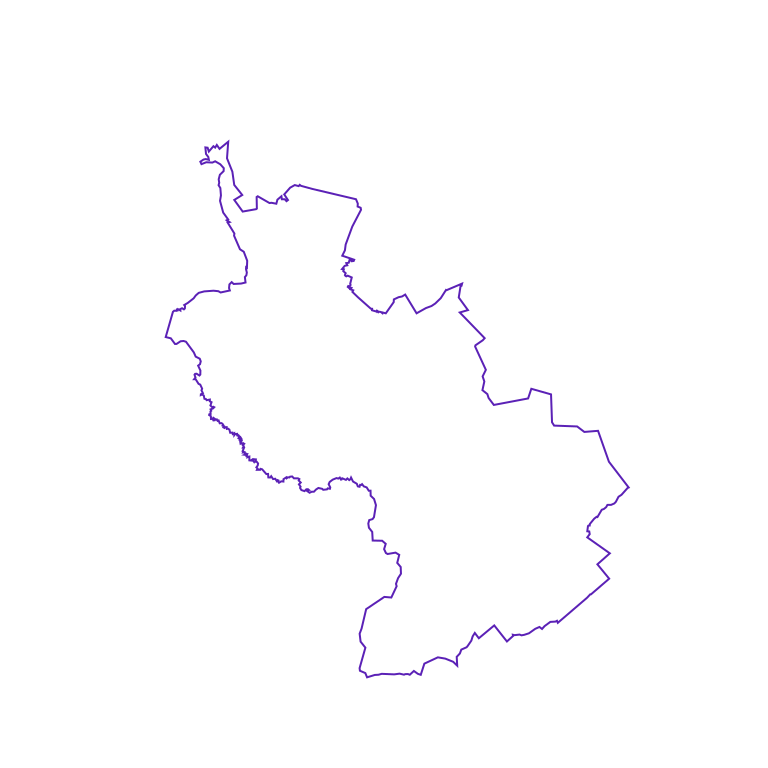 the district of Gudenieku pag., Kuldigas, Latvia, rotated 65°
{"feature_id": "27541924B44633167106619", "entity_name": "Gudenieku pag.", "entity_type": "district", "adm_level": 2, "iso_a3": "LVA", "parent_name": "Latvia", "parent_adm1": "Kuldigas", "projection": "albers", "projection_center": [21.583, 56.889], "detail": "fine", "context": "isolated", "style": "outline", "palette": "violet", "viewbox_px": 768, "rotation_deg": 65, "n_neighbors": 0, "source": "geoboundaries", "source_scale": "gbopen_adm2", "svg_char_len": 6158}
<svg xmlns="http://www.w3.org/2000/svg" viewBox="0 0 768 768"><g transform="rotate(65 384 384)"><path d="M662.1,285.3L655.6,262.2L637.6,266.8L632.9,250.9L608.9,264.6L607.0,261.0L604.4,260.3L603.4,262.0L599.0,259.2L598.7,258.5L599.2,257.4L597.8,256.5L594.9,250.4L594.2,247.4L594.8,246.8L590.0,239.8L590.2,237.5L589.5,234.7L588.0,232.6L589.5,229.3L589.6,225.8L588.8,223.7L585.3,219.1L584.8,215.6L581.2,207.2L581.2,206.0L549.5,213.0L516.9,209.8L512.1,222.7L504.1,226.9L493.6,247.4L489.7,247.9L464.0,237.0L450.6,252.5L458.0,259.5L449.4,293.3L440.9,295.1L436.8,294.6L431.2,297.4L424.1,292.0L418.8,291.4L414.2,285.7L388.6,285.6L387.6,284.8L386.1,276.0L385.0,273.4L351.2,285.1L352.5,276.7L337.2,279.7L327.7,273.3L327.8,272.3L326.0,270.8L325.4,287.9L325.0,288.1L330.2,296.3L332.7,303.5L333.4,308.0L332.9,313.9L333.7,324.6L311.9,327.0L312.3,330.6L311.5,334.1L311.5,339.3L313.9,340.6L320.7,352.5L318.6,355.0L319.2,355.5L317.4,356.4L316.3,358.1L316.5,358.8L315.2,359.0L315.5,359.8L314.7,359.9L315.0,360.4L312.1,363.7L310.8,363.0L310.2,364.1L294.5,370.9L287.2,373.7L286.1,372.3L283.8,374.6L283.4,374.3L283.9,373.7L283.1,372.8L282.4,373.8L282.6,374.9L280.7,375.8L280.1,375.0L281.0,374.0L280.1,372.4L278.9,372.3L273.8,368.2L270.5,371.1L270.5,372.7L269.8,373.2L268.8,373.4L267.4,371.9L264.5,373.2L263.1,371.9L262.1,373.4L260.3,369.7L260.9,367.1L258.5,367.1L259.2,364.7L256.8,362.6L257.3,361.6L259.0,361.6L259.7,359.5L258.8,358.5L250.1,367.6L246.3,362.9L241.4,359.8L227.9,346.2L216.4,331.2L214.4,330.7L212.0,332.9L209.4,331.5L204.7,331.3L177.1,366.3L169.3,375.5L167.9,376.2L168.6,377.7L166.0,380.8L166.4,386.1L170.0,394.3L176.7,393.3L177.1,395.1L174.6,395.9L173.4,398.5L170.5,397.6L171.9,402.7L175.1,405.4L172.2,409.4L171.6,411.3L160.5,419.1L160.7,420.4L171.3,425.1L171.5,426.0L168.0,439.2L153.9,441.9L152.8,432.6L140.3,435.6L127.5,431.7L113.1,430.9L98.6,422.8L101.4,433.7L96.7,434.5L98.4,437.1L96.4,438.1L99.3,444.5L95.3,444.0L94.1,445.9L100.3,448.1L104.0,447.3L106.8,448.0L104.8,450.5L104.3,452.7L104.9,456.5L107.6,456.5L107.9,451.4L110.8,445.9L110.8,442.9L115.7,439.5L120.7,438.0L123.3,439.4L125.0,444.3L128.6,447.3L132.0,448.3L133.9,449.9L137.2,449.5L144.2,452.1L148.7,455.2L160.7,457.3L169.0,455.7L169.1,457.3L171.9,455.6L171.5,457.5L184.4,456.0L186.2,457.2L201.0,457.6L204.9,455.2L214.5,455.9L220.7,459.1L219.9,459.6L221.5,460.5L225.0,461.2L227.3,462.8L228.3,464.9L233.5,466.6L232.6,471.0L229.8,478.0L227.3,479.0L228.4,482.0L231.6,483.9L234.1,484.2L232.0,493.4L229.9,494.9L227.4,499.1L224.1,507.8L223.1,513.4L224.2,517.2L225.9,520.3L227.6,527.6L228.0,531.7L229.3,531.4L231.4,532.6L231.8,533.8L230.0,535.0L230.0,537.0L231.3,537.5L229.1,539.1L229.9,539.8L229.1,540.4L230.0,541.1L228.9,543.1L229.4,544.8L249.2,562.0L252.5,557.9L259.4,556.5L260.0,555.1L259.3,550.3L260.3,547.5L262.0,545.6L275.0,543.0L279.6,543.1L283.2,540.3L286.0,540.5L288.3,542.4L288.8,544.7L294.2,544.7L297.8,546.5L298.3,547.7L295.5,549.5L295.0,550.9L295.5,551.8L298.4,552.1L299.4,554.0L300.0,552.7L305.5,552.0L306.9,550.8L311.4,550.8L312.6,552.1L315.8,552.0L315.9,554.3L316.6,554.7L316.6,553.3L318.3,552.2L321.5,553.0L322.5,551.7L323.7,551.6L324.5,548.4L326.1,549.2L327.6,548.0L330.1,550.4L332.7,549.4L332.5,548.3L333.3,547.7L333.9,549.3L333.7,551.9L335.3,551.9L335.6,552.9L337.9,553.8L337.6,555.1L338.2,555.6L340.0,554.5L342.6,555.6L342.8,555.1L342.2,554.6L342.6,554.0L344.9,554.0L345.2,553.1L343.3,552.5L345.4,551.3L345.4,550.5L347.1,550.4L347.1,549.3L350.2,549.5L350.8,547.8L351.8,547.2L353.3,547.0L353.6,547.8L354.7,546.9L355.4,547.9L356.5,547.1L356.1,546.1L356.6,544.8L358.3,545.4L358.6,544.2L360.0,543.4L363.2,544.0L364.0,541.9L365.4,542.2L365.3,540.5L367.1,541.3L366.5,540.1L367.1,538.2L368.6,538.8L369.1,538.3L369.0,537.5L370.4,537.2L371.6,538.7L372.3,537.8L371.7,536.6L373.3,536.4L373.1,537.7L373.4,538.2L374.3,536.8L375.2,536.8L375.6,537.8L375.3,538.6L377.4,539.2L377.3,538.2L378.2,537.9L378.0,536.7L379.1,536.0L379.8,537.8L381.2,537.4L382.1,538.8L382.7,537.9L385.1,540.5L385.9,539.9L386.5,540.7L387.1,539.1L387.7,539.4L389.2,538.0L389.2,540.3L390.5,538.3L391.4,539.1L392.2,538.0L392.7,538.5L392.9,536.7L396.3,538.3L397.5,536.3L396.9,536.3L396.8,535.2L398.5,534.9L396.9,534.2L398.2,532.0L400.1,533.5L400.4,532.3L402.8,531.7L404.5,532.9L405.6,534.9L407.2,534.3L408.1,535.4L409.4,532.5L408.7,531.8L409.8,530.5L415.9,528.7L416.5,527.1L419.8,528.3L420.7,526.5L419.9,525.2L423.3,524.7L423.9,522.6L426.7,522.2L426.1,521.1L426.8,520.5L427.3,521.3L429.1,520.9L428.8,518.2L429.9,516.4L427.8,515.3L427.3,512.0L428.3,512.0L427.9,510.5L428.7,509.3L428.3,508.3L429.0,506.3L431.4,505.5L433.1,501.9L434.4,500.9L435.4,502.1L438.1,501.1L439.0,503.5L441.8,503.0L442.7,504.0L445.2,503.7L447.5,501.3L446.6,498.9L447.2,497.4L448.3,496.9L447.9,498.3L448.3,499.0L451.1,497.4L451.1,495.0L452.0,493.0L450.9,490.2L450.5,487.4L452.9,484.3L454.2,483.8L455.4,480.2L454.8,479.1L456.1,477.3L455.0,476.4L451.4,476.5L449.8,474.6L449.0,470.9L449.2,466.8L450.4,465.4L450.1,463.6L452.5,463.4L452.6,462.7L451.8,461.7L454.8,459.0L454.1,457.1L456.4,456.1L456.1,454.7L454.9,453.4L459.3,453.3L462.9,450.8L465.7,451.0L466.8,449.6L465.3,448.3L465.9,447.3L465.5,446.2L468.2,445.6L470.4,443.4L474.3,442.9L475.0,441.3L479.6,443.3L484.0,441.6L490.4,442.5L500.5,449.4L501.6,451.5L501.1,454.9L503.8,457.2L507.9,458.4L513.1,457.2L521.1,460.4L525.3,451.9L529.6,450.0L533.7,453.7L538.0,453.7L539.6,452.6L541.7,444.8L545.3,442.4L551.7,447.6L556.9,446.2L563.1,448.8L565.9,453.3L570.2,457.6L572.6,458.0L580.6,467.6L577.1,473.7L580.5,495.3L596.2,507.7L600.0,511.6L607.6,514.1L615.1,512.3L631.2,526.2L633.7,527.0L638.1,523.1L642.7,523.3L643.8,515.3L645.2,511.8L645.7,508.6L651.5,497.4L653.1,492.3L655.9,488.7L655.9,487.4L657.0,484.9L658.4,483.5L656.7,478.2L661.0,475.8L663.1,473.6L654.5,465.6L654.5,450.7L658.8,444.5L665.0,438.7L670.2,436.7L662.0,433.4L660.3,429.1L657.4,426.2L657.5,420.4L656.8,418.9L653.5,413.3L650.2,410.3L648.0,406.9L654.5,405.5L649.4,386.1L669.3,381.4L666.9,373.5L665.7,373.2L666.8,371.8L668.4,367.0L669.9,365.6L670.6,362.8L671.2,358.0L669.8,350.4L669.9,345.8L672.8,344.3L671.3,340.8L669.9,333.8L671.8,329.0L671.7,327.3L673.9,327.4L663.5,290.2L661.8,286.0L662.1,285.3Z" fill="none" stroke="#5b21b6" stroke-width="2"/></g></svg>